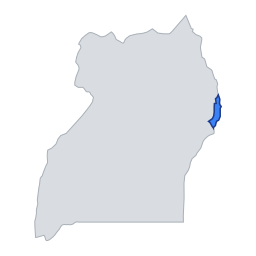 where Amudat sits in Uganda
{"feature_id": "UGA-5616", "entity_name": "Amudat", "entity_type": "District", "adm_level": 1, "iso_a3": "UGA", "parent_name": "Uganda", "parent_adm1": "", "projection": "natural_earth1", "projection_center": [34.883, 1.791], "detail": "fine", "context": "in_parent", "style": "filled", "palette": "blue", "viewbox_px": 256, "rotation_deg": 0, "n_neighbors": 0, "source": "natural_earth", "source_scale": "10m", "svg_char_len": 2639}
<svg xmlns="http://www.w3.org/2000/svg" viewBox="0 0 256 256"><path d="M183.4,222.1L179.7,222.1L173.6,222.1L167.5,222.1L161.4,222.1L155.3,222.1L149.3,222.1L143.2,222.1L137.1,222.1L131.0,222.1L124.9,222.1L118.8,222.1L112.8,222.1L106.7,222.1L100.6,222.1L94.5,222.1L88.4,222.1L82.3,222.1L78.7,222.1L78.0,222.0L77.5,221.8L75.2,222.3L72.9,224.1L70.3,224.8L67.6,224.5L67.3,224.7L65.9,224.6L63.9,224.5L62.2,225.0L60.8,226.5L59.4,229.1L56.9,232.1L55.0,234.7L53.3,236.6L49.5,239.7L47.4,240.6L46.4,240.5L45.8,239.9L44.6,236.0L43.9,235.3L36.5,237.4L35.4,237.4L35.5,236.2L34.9,226.8L34.8,221.1L35.8,217.6L36.4,213.4L36.4,209.8L37.8,203.6L37.3,199.9L39.0,186.9L39.5,184.8L40.2,178.6L41.3,176.6L42.2,175.9L43.5,172.0L45.9,165.9L47.6,162.7L47.2,155.8L47.5,151.1L47.9,150.0L51.5,148.3L56.1,143.9L58.1,138.8L60.8,135.5L66.2,133.4L82.1,115.8L89.5,106.4L92.7,101.5L92.8,99.8L93.5,97.5L92.2,95.7L90.6,94.1L90.1,92.6L88.8,91.8L86.9,91.9L85.6,90.8L84.2,88.6L82.8,87.3L78.3,87.4L74.8,85.2L74.8,82.3L76.2,76.4L78.9,69.7L79.0,67.9L78.6,66.3L78.0,65.0L76.8,63.6L75.7,62.0L76.6,57.2L78.2,52.5L79.6,50.1L80.9,47.5L80.5,45.3L78.6,44.2L79.6,42.1L81.7,38.6L85.8,35.0L89.3,32.6L91.7,32.6L96.4,34.5L100.5,36.7L102.8,36.8L105.6,35.9L111.4,31.9L112.8,33.2L114.5,35.6L116.3,39.6L120.0,41.5L121.7,42.7L123.0,43.1L123.7,42.8L125.1,39.6L126.7,37.9L129.8,35.7L136.6,34.0L141.5,33.5L143.5,33.1L147.0,32.1L152.4,28.8L157.8,33.0L163.6,33.8L169.3,33.8L171.0,32.5L172.0,31.5L177.9,24.7L185.9,15.4L191.3,28.5L193.1,29.2L192.8,30.4L192.4,31.5L195.9,34.6L200.2,36.3L201.7,37.9L201.8,39.7L200.4,47.3L200.7,49.5L202.0,57.2L204.6,58.9L206.9,66.7L211.5,69.9L212.1,70.9L213.2,74.6L214.6,78.7L215.7,79.7L216.4,79.9L217.7,84.3L216.9,86.7L218.0,94.2L219.7,100.8L220.2,108.7L220.2,112.2L220.1,114.4L219.7,117.4L218.9,119.1L217.5,120.8L215.8,123.5L214.4,126.4L213.5,127.8L214.2,132.1L214.0,133.2L213.7,133.7L211.6,134.4L208.9,135.5L207.3,136.7L205.0,138.8L203.2,141.2L200.8,148.1L196.7,153.5L196.0,155.3L192.2,158.5L190.5,162.4L189.5,167.3L188.0,170.8L184.8,175.6L184.0,183.1L184.1,198.2L183.3,215.4L183.4,222.1Z" fill="#d9dde1" stroke="#a8b0b8" stroke-width="1"/><path d="M218.3,94.9L219.8,99.2L219.8,100.0L219.5,101.8L219.5,102.5L219.5,103.4L219.6,104.1L219.9,104.8L220.2,105.3L221.0,106.1L221.2,106.6L221.0,107.0L220.4,107.9L220.2,108.4L220.2,116.1L220.0,117.0L218.9,119.6L218.7,120.1L218.3,120.4L218.0,120.6L217.3,120.8L216.9,121.0L216.1,122.4L215.4,125.6L213.4,127.5L213.4,128.1L212.1,126.3L210.0,122.5L208.5,121.4L210.6,119.9L212.4,118.6L213.7,115.9L214.2,112.1L214.2,107.0L214.4,103.5L216.2,103.4L215.5,98.8L217.0,97.3L218.3,94.9Z" fill="#3b82f6" stroke="#1e3a8a" stroke-width="1.5"/></svg>